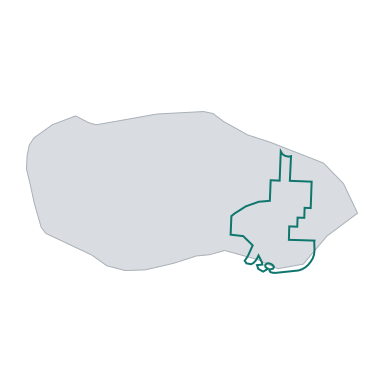 Al Khawr highlighted on a map of Qatar, rotated 92°
{"feature_id": "QAT-1105", "entity_name": "Al Khawr", "entity_type": "Municipality", "adm_level": 1, "iso_a3": "QAT", "parent_name": "Qatar", "parent_adm1": "", "projection": "orthographic", "projection_center": [51.407, 25.752], "detail": "fine", "context": "in_parent", "style": "outline", "palette": "teal", "viewbox_px": 384, "rotation_deg": 92, "n_neighbors": 0, "source": "natural_earth", "source_scale": "10m", "svg_char_len": 1375}
<svg xmlns="http://www.w3.org/2000/svg" viewBox="0 0 384 384"><g transform="rotate(92 192 192)"><path d="M208.1,349.4L191.0,353.7L174.8,358.2L161.4,358.1L150.6,356.2L143.4,351.8L129.7,334.0L120.0,311.0L126.1,298.3L128.2,290.3L115.3,229.8L111.2,183.3L112.8,173.8L120.4,162.9L132.9,138.7L139.6,115.4L158.5,61.6L178.3,40.9L207.4,25.8L231.2,55.5L260.2,78.3L265.7,103.7L257.2,124.4L249.3,157.4L254.1,172.5L255.8,185.6L263.8,207.6L271.5,236.2L272.8,256.1L268.7,274.5L258.5,290.0L238.5,336.6L232.5,341.5L208.1,349.4Z" fill="#d9dde1" stroke="#a8b0b8" stroke-width="1"/><path d="M236.3,67.9L237.8,68.1L245.9,67.5L250.5,67.9L254.3,69.1L257.6,71.0L260.7,73.3L263.2,75.9L265.3,79.1L266.7,82.8L269.9,105.6L269.9,108.4L269.3,110.9L267.8,111.9L266.7,111.2L265.7,108.2L264.0,107.5L262.5,108.4L261.2,110.4L260.5,112.8L260.8,114.8L262.5,116.3L264.1,116.1L265.3,114.9L266.0,113.3L269.1,118.1L266.6,123.0L262.8,124.5L262.1,119.1L259.5,119.8L253.1,123.3L255.8,124.5L258.7,126.2L261.0,128.4L262.1,130.5L261.4,135.1L258.9,136.9L254.0,133.9L243.2,129.5L234.3,139.3L233.3,151.9L214.7,151.8L212.0,148.7L204.4,137.6L199.4,124.9L198.1,113.9L177.5,113.8L177.6,104.8L148.3,104.7L151.0,103.0L152.7,100.1L153.3,96.7L152.7,94.3L177.4,94.6L177.5,72.8L203.9,72.8L203.9,78.9L213.9,78.9L213.9,85.6L223.0,85.6L223.0,93.6L236.4,93.5L236.3,68.7L236.3,67.9Z" fill="none" stroke="#0f766e" stroke-width="2"/></g></svg>